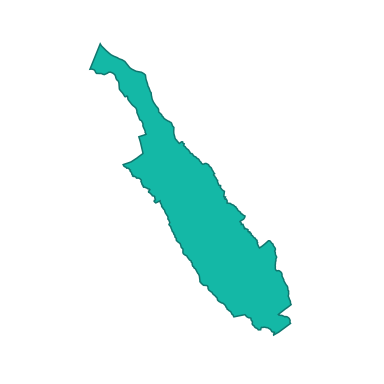 Gatundu South, Central, Kenya, rotated 22°
{"feature_id": "3690345B82721742326841", "entity_name": "Gatundu South", "entity_type": "district", "adm_level": 2, "iso_a3": "KEN", "parent_name": "Kenya", "parent_adm1": "Central", "projection": "orthographic", "projection_center": [36.813, -0.954], "detail": "fine", "context": "isolated", "style": "filled", "palette": "teal", "viewbox_px": 384, "rotation_deg": 22, "n_neighbors": 0, "source": "geoboundaries", "source_scale": "gbopen_adm2", "svg_char_len": 6107}
<svg xmlns="http://www.w3.org/2000/svg" viewBox="0 0 384 384"><g transform="rotate(22 192 192)"><path d="M51.4,89.0L51.4,116.4L52.3,115.9L53.4,115.5L55.4,115.4L56.4,115.8L57.8,117.1L59.0,117.8L62.4,116.6L63.1,116.2L64.2,116.1L65.5,116.2L66.7,116.0L69.1,113.5L69.9,112.2L71.4,111.4L73.2,111.4L74.3,111.5L75.4,111.8L76.8,112.4L77.7,113.3L78.5,114.5L79.5,115.6L80.3,116.2L81.9,116.7L82.7,117.4L83.5,118.5L86.1,123.8L86.8,124.3L89.0,125.5L90.0,125.9L92.0,127.2L93.9,128.7L94.9,128.5L95.5,127.5L96.4,127.5L97.9,130.0L98.8,130.7L103.5,133.4L105.5,134.2L106.5,134.4L108.7,135.3L109.5,136.1L110.5,137.4L111.2,139.0L115.1,142.9L115.7,143.8L116.8,144.7L118.4,144.8L119.3,145.5L120.0,146.2L120.8,146.8L121.2,147.6L121.4,148.4L122.0,149.5L123.4,150.8L125.2,152.5L125.9,153.3L126.2,154.3L127.8,155.6L127.2,156.3L122.0,160.7L125.3,164.8L131.6,173.8L132.1,174.7L129.3,179.3L128.2,181.2L124.3,186.8L122.8,188.2L117.9,192.4L119.3,193.6L120.5,193.8L121.5,193.8L122.6,194.4L123.5,193.9L124.7,193.9L125.7,194.7L126.6,194.7L126.7,195.7L127.8,196.2L128.8,196.9L129.8,198.3L130.8,198.5L130.9,199.4L131.7,199.6L132.7,199.1L134.5,199.2L135.3,199.9L137.4,199.1L138.4,199.1L140.2,199.8L140.7,200.4L140.7,201.3L142.1,202.6L142.6,203.4L143.4,204.1L144.3,204.3L144.5,205.1L145.3,205.7L146.3,205.2L147.1,205.3L148.2,205.2L150.3,205.6L151.2,205.3L152.0,205.5L152.0,206.6L151.4,207.5L151.9,208.5L153.0,208.5L155.9,209.7L156.5,210.3L157.3,210.3L158.4,210.0L159.2,210.3L159.6,211.4L160.5,212.1L161.0,213.0L160.2,213.8L160.4,214.9L161.5,215.4L162.5,215.7L165.7,212.2L166.0,213.0L167.2,214.3L168.0,214.8L168.5,215.4L169.0,216.0L169.4,217.0L170.6,217.3L171.3,218.1L173.4,219.1L173.9,219.9L175.2,221.3L177.4,222.9L178.6,223.6L179.2,224.4L179.6,225.6L180.0,226.3L180.9,226.6L182.9,228.7L182.8,230.8L183.6,231.4L185.1,232.0L186.2,233.4L187.1,234.2L188.5,235.9L190.1,236.6L190.5,237.4L191.3,238.2L192.3,238.5L193.1,240.2L194.9,240.9L195.2,242.1L195.8,242.9L196.9,243.2L197.7,243.6L200.3,244.2L201.6,245.7L202.6,247.2L203.3,247.7L204.3,247.8L204.9,248.3L205.3,249.0L206.1,251.2L206.5,251.9L207.4,252.6L209.3,253.1L210.3,253.1L211.4,253.3L211.9,253.9L215.1,255.9L217.1,256.3L217.7,257.4L218.6,257.7L219.1,258.3L219.3,259.1L220.4,260.5L221.5,260.7L222.3,261.6L224.0,262.0L227.7,265.1L228.7,265.6L229.6,266.4L230.2,267.0L232.5,271.1L233.0,272.3L233.9,272.4L234.5,273.1L237.6,274.2L240.4,273.3L241.2,273.2L241.9,273.5L242.5,274.3L243.0,275.4L244.2,276.6L246.9,277.4L247.8,277.4L249.9,278.9L252.1,279.5L253.6,280.3L254.5,280.5L255.1,281.0L256.1,282.5L257.0,283.0L258.2,283.4L259.9,283.6L260.8,283.8L261.7,283.6L262.7,283.6L265.0,284.5L266.1,285.3L266.6,285.9L268.1,286.8L268.5,287.5L269.8,287.7L270.6,288.1L272.0,288.3L273.1,288.7L274.9,290.4L276.2,290.7L276.9,291.5L277.6,292.1L287.0,285.9L289.4,287.1L291.5,287.4L292.4,287.1L293.8,286.9L294.3,287.5L294.5,288.2L295.4,289.0L296.4,289.3L296.9,290.3L297.2,291.8L298.1,292.5L299.8,293.0L300.5,293.6L301.7,294.1L303.1,294.1L304.2,294.4L305.1,295.0L307.3,294.0L307.0,292.8L307.1,291.5L308.6,291.0L309.2,290.4L310.0,290.1L311.7,289.9L312.5,289.6L313.4,289.5L315.2,289.9L316.2,289.9L318.3,291.5L319.0,291.6L321.0,291.2L321.1,292.5L320.9,293.2L321.3,294.0L324.9,289.5L332.6,276.9L331.6,276.1L331.0,274.2L329.5,272.8L328.4,272.4L326.9,272.1L325.6,272.3L325.0,272.9L321.5,272.7L320.6,273.2L319.6,273.3L318.8,273.6L317.9,273.2L322.5,265.2L323.8,263.3L326.1,259.3L324.9,258.1L324.4,256.9L323.6,255.9L322.8,255.3L321.1,253.3L320.2,252.5L319.8,250.2L319.2,249.1L318.7,247.6L317.7,247.0L316.4,244.5L315.7,243.7L313.9,242.7L310.4,239.9L310.0,239.0L307.0,236.3L306.2,234.4L305.3,233.4L304.4,232.9L302.7,232.4L301.8,232.4L300.1,233.3L298.8,232.9L298.0,232.0L297.6,231.0L297.0,229.4L296.5,228.7L296.4,227.8L295.6,225.5L295.6,224.4L295.1,223.3L294.8,222.1L295.0,221.1L294.6,220.3L293.1,219.1L292.1,217.5L291.8,216.6L290.9,216.1L290.7,215.3L291.0,214.5L290.6,213.5L290.1,212.9L287.3,211.1L287.0,210.5L286.3,209.8L285.3,209.7L282.8,208.2L282.0,208.2L281.1,208.6L279.0,212.9L277.4,215.8L275.5,218.6L274.4,217.8L271.9,215.4L271.8,214.3L271.0,213.8L270.4,212.4L269.6,212.3L268.6,211.8L267.9,211.1L267.0,211.2L265.7,210.7L264.4,209.8L263.0,209.6L262.6,208.6L261.8,208.1L260.7,208.2L260.8,207.5L260.0,207.4L258.9,207.7L258.4,207.0L258.1,206.0L257.3,205.8L256.3,206.0L255.0,205.7L254.4,206.4L253.9,205.8L253.5,205.0L252.6,204.3L251.4,202.9L250.6,203.1L249.9,203.6L249.5,202.7L248.8,201.9L247.6,201.6L247.8,200.8L250.0,197.9L250.4,196.0L250.2,194.4L248.4,194.3L246.8,193.7L245.9,193.7L245.1,193.5L244.7,192.7L243.8,192.4L241.9,192.0L241.1,191.6L240.6,190.9L238.8,190.0L238.1,189.3L237.1,189.4L236.0,188.8L235.1,188.6L233.1,188.7L232.1,188.2L228.7,189.1L227.8,186.9L226.4,185.7L225.7,186.2L224.8,186.0L224.9,184.1L224.1,184.2L223.2,184.4L221.8,179.2L220.4,179.0L219.3,178.7L218.5,178.3L217.1,177.5L216.4,176.9L216.4,175.9L216.1,175.3L214.5,175.7L212.2,173.4L211.6,172.5L211.4,171.6L210.3,171.3L209.0,170.0L207.6,169.3L207.1,168.7L206.4,168.6L205.6,168.1L205.6,167.3L206.1,166.6L205.3,166.2L203.4,164.6L202.5,164.1L201.3,162.8L200.5,162.2L199.7,162.1L199.0,161.7L198.2,161.5L197.2,160.5L194.7,160.2L193.7,160.5L193.1,160.9L192.6,161.6L191.5,162.2L189.8,161.8L189.4,161.1L187.7,160.5L186.8,159.7L185.7,159.0L183.8,158.8L182.3,158.0L181.5,158.1L179.9,157.9L178.5,156.8L177.5,156.4L176.7,156.7L175.9,156.7L175.4,156.0L172.9,154.3L171.6,154.0L169.7,153.3L168.9,152.6L166.9,152.2L166.7,150.2L165.7,150.2L165.0,149.8L164.5,149.0L163.6,149.3L162.9,150.3L162.1,151.7L161.4,151.5L159.8,150.6L158.9,150.2L158.4,149.7L157.5,149.5L156.1,148.5L155.2,147.1L154.0,145.6L153.2,144.5L152.4,142.8L151.0,138.9L149.3,138.1L147.2,135.8L146.4,135.4L145.4,135.4L144.6,135.1L143.7,135.2L141.4,134.9L138.5,134.3L137.1,133.2L136.0,132.9L134.8,131.7L131.2,130.3L130.1,128.1L129.2,127.1L126.2,125.6L122.6,123.1L121.0,121.6L119.8,120.2L119.1,119.0L118.2,117.7L116.9,115.2L115.8,114.6L112.9,111.4L111.5,110.3L110.0,108.1L107.1,104.7L105.0,101.0L103.1,100.3L100.3,99.9L94.8,101.0L89.9,100.6L87.6,100.0L80.8,96.1L77.6,95.6L74.7,95.8L72.4,95.4L68.7,95.4L65.6,95.1L63.3,94.4L59.3,93.0L53.2,90.4L51.4,89.0Z" fill="#14b8a6" stroke="#0f766e" stroke-width="1.5"/></g></svg>